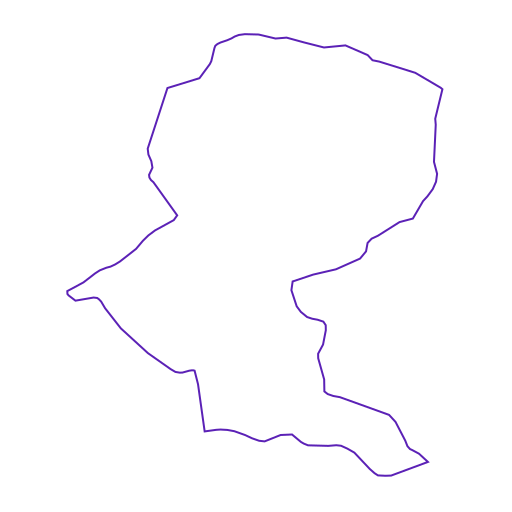 the border of Kabul, rotated 89°
{"feature_id": "AFG-1767", "entity_name": "Kabul", "entity_type": "Province", "adm_level": 1, "iso_a3": "AFG", "parent_name": "Afghanistan", "parent_adm1": "", "projection": "natural_earth1", "projection_center": [69.432, 34.519], "detail": "fine", "context": "isolated", "style": "outline", "palette": "violet", "viewbox_px": 512, "rotation_deg": 89, "n_neighbors": 0, "source": "natural_earth", "source_scale": "10m", "svg_char_len": 1744}
<svg xmlns="http://www.w3.org/2000/svg" viewBox="0 0 512 512"><g transform="rotate(89 256 256)"><path d="M464.9,87.7L477.9,124.7L478.0,130.4L477.5,137.9L475.2,141.3L470.9,146.0L454.3,161.1L450.2,168.0L447.2,174.3L446.6,179.0L447.1,187.0L446.2,207.3L444.4,211.5L442.7,214.3L435.1,223.1L435.4,234.5L441.5,250.6L440.8,256.1L438.2,263.1L434.8,270.1L430.8,280.7L429.4,287.7L428.9,294.6L429.1,298.8L430.5,310.4L383.2,316.2L369.6,319.4L369.2,320.6L369.2,322.3L369.5,324.7L371.3,331.7L371.3,334.3L370.5,338.6L367.5,343.5L351.2,365.8L326.0,392.4L305.6,407.8L298.9,411.6L296.5,413.8L295.2,415.5L294.7,419.1L297.5,437.3L292.1,444.1L290.7,445.2L287.8,445.3L279.4,429.0L270.6,417.2L267.6,412.4L265.1,405.8L264.1,401.7L262.0,397.0L259.1,392.1L246.8,375.8L238.8,368.8L233.5,363.2L228.6,356.4L218.7,337.6L214.0,334.1L180.4,357.3L178.2,359.7L175.7,361.2L173.0,361.5L165.9,358.0L159.4,359.0L152.7,361.8L146.8,362.4L86.5,341.6L84.3,333.9L77.2,309.4L63.3,298.8L60.4,297.3L47.3,293.9L45.1,293.0L43.4,290.9L41.9,287.7L39.8,281.1L38.0,276.7L36.2,273.5L34.7,269.3L34.0,263.2L34.6,249.5L38.9,232.7L38.2,221.6L43.3,204.2L48.7,184.4L47.0,162.9L57.1,140.8L62.3,136.1L63.8,129.3L75.6,93.6L91.0,68.4L92.5,66.7L121.9,74.4L127.9,74.0L165.0,76.4L177.0,73.5L184.9,74.7L192.2,78.1L199.4,83.6L204.0,88.0L221.3,98.5L224.6,111.9L237.9,133.8L240.7,140.1L244.9,144.2L253.3,145.9L260.4,152.0L270.7,176.3L275.6,199.2L282.1,219.8L290.8,221.2L307.0,216.2L312.7,212.1L317.9,206.0L319.7,200.9L320.8,195.5L322.8,189.8L326.4,187.5L331.5,187.5L345.7,190.5L354.8,195.6L359.3,195.6L380.6,190.0L392.6,190.0L395.3,186.7L397.3,181.2L398.6,174.6L417.2,125.7L424.3,119.4L443.2,110.0L448.8,107.9L451.7,105.4L452.7,103.3L456.5,96.5L464.9,87.7Z" fill="none" stroke="#5b21b6" stroke-width="2"/></g></svg>